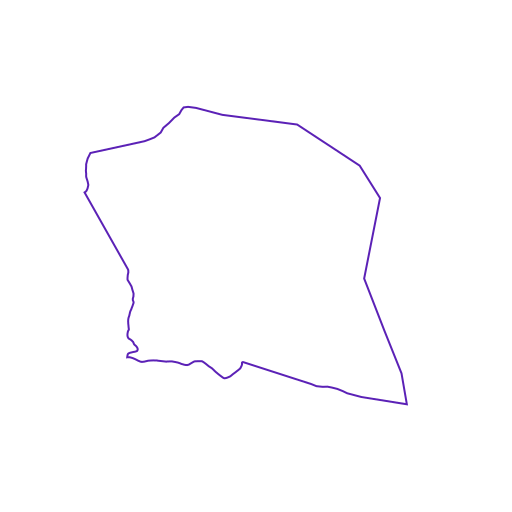 outline of Santa Lucia, Francisco Morazán, Honduras, rotated 109°
{"feature_id": "27666195B58255966540050", "entity_name": "Santa Lucia", "entity_type": "district", "adm_level": 2, "iso_a3": "HND", "parent_name": "Honduras", "parent_adm1": "Francisco Morazán", "projection": "robinson", "projection_center": [-87.068, 14.129], "detail": "fine", "context": "isolated", "style": "outline", "palette": "violet", "viewbox_px": 512, "rotation_deg": 109, "n_neighbors": 0, "source": "geoboundaries", "source_scale": "gbopen_adm2", "svg_char_len": 5840}
<svg xmlns="http://www.w3.org/2000/svg" viewBox="0 0 512 512"><g transform="rotate(109 256 256)"><path d="M393.7,344.8L393.4,344.3L393.3,343.7L393.1,343.2L392.9,342.7L392.9,342.4L392.8,342.1L392.8,341.8L392.8,341.6L392.7,340.4L392.7,338.4L392.8,338.0L392.8,337.3L392.9,336.5L393.1,334.9L393.3,333.9L393.4,332.8L393.4,332.2L393.5,331.3L393.5,330.9L393.5,330.6L393.4,330.3L393.4,330.0L393.3,329.8L393.3,329.4L393.2,329.2L392.7,328.2L392.6,327.9L392.3,327.3L392.0,326.8L391.7,326.4L391.4,325.9L391.1,325.4L390.9,325.1L390.7,324.8L390.6,324.6L390.3,324.2L390.0,323.6L389.8,323.1L389.5,322.5L389.1,321.5L388.9,321.0L388.5,320.0L388.3,319.5L388.1,319.0L387.7,317.6L387.2,316.1L387.0,315.5L387.0,315.0L385.3,307.4L385.2,306.9L385.1,306.7L385.1,306.4L385.0,306.2L384.7,305.7L384.4,305.0L384.3,304.6L384.1,304.1L383.6,302.9L383.2,301.7L383.1,301.4L383.0,301.1L383.0,300.8L382.9,300.4L382.7,298.9L382.5,297.7L382.4,296.7L382.2,295.2L382.2,294.5L382.2,294.1L382.2,293.8L382.2,292.6L382.3,292.1L382.3,291.5L382.3,290.6L382.2,289.7L382.2,289.2L382.2,288.6L382.1,288.0L382.0,287.5L382.0,287.1L381.8,286.6L381.8,286.4L381.7,286.2L381.6,285.9L381.5,285.5L381.3,285.3L381.2,285.0L381.0,284.8L380.8,284.5L380.6,284.2L380.4,284.0L380.0,283.6L379.5,283.3L378.6,282.5L378.0,282.0L377.2,281.3L376.4,280.6L376.1,280.3L375.9,280.1L375.7,279.9L375.6,279.6L375.2,278.8L374.9,277.9L374.4,276.8L374.2,276.2L373.8,275.0L373.6,274.5L373.4,273.9L373.2,273.2L373.2,272.9L373.1,272.7L373.2,272.3L373.3,271.8L373.3,271.6L373.4,271.3L373.6,270.5L373.9,269.6L374.2,268.6L374.6,267.5L375.3,265.6L375.6,264.9L375.7,264.4L375.9,263.6L376.0,263.1L376.2,262.4L376.3,262.0L376.4,261.5L376.5,261.2L376.6,260.9L376.9,260.3L377.2,259.6L377.6,258.7L378.0,258.0L378.2,257.5L378.8,256.2L379.3,254.8L379.6,254.1L380.5,251.6L381.4,248.8L381.6,248.2L381.7,247.8L381.8,247.4L381.9,246.9L381.9,246.6L381.9,246.3L381.9,246.1L381.8,245.8L381.5,245.3L381.4,245.0L381.2,244.7L381.0,244.4L380.7,244.0L380.4,243.6L379.7,242.8L379.3,242.4L379.0,242.0L378.5,241.5L378.2,241.2L377.9,241.0L377.6,240.8L376.8,240.3L375.6,239.6L375.0,239.2L372.4,237.4L371.4,236.8L369.8,235.7L369.4,235.5L368.8,235.1L368.3,234.8L368.0,234.6L367.6,234.4L367.1,234.3L367.0,234.2L366.7,234.2L366.1,234.1L365.5,234.0L365.2,234.0L364.7,233.9L364.1,233.9L363.4,233.9L363.2,233.9L362.9,234.0L362.7,234.0L362.3,234.2L362.1,234.3L361.9,234.4L361.7,234.4L361.5,234.5L361.3,234.5L361.1,234.4L360.9,234.3L360.7,234.1L360.6,233.8L360.5,233.5L359.1,161.9L359.4,156.5L358.0,150.4L356.3,145.9L355.7,141.6L355.2,135.8L355.5,129.9L356.1,125.1L355.0,110.3L347.1,65.1L319.6,80.2L284.8,110.3L242.1,146.4L160.8,157.6L136.8,187.4L118.3,259.9L133.5,333.8L135.5,360.9L137.1,368.8L139.1,372.8L142.4,374.0L146.9,374.8L151.7,378.3L158.7,381.6L164.9,385.3L170.3,386.3L176.9,390.6L180.2,394.4L183.7,398.7L212.5,446.1L217.9,446.8L218.1,446.8L218.3,446.9L218.6,446.9L220.2,446.8L221.9,446.7L223.0,446.6L224.1,446.5L224.5,446.5L225.0,446.3L226.5,445.8L227.1,445.6L227.9,445.4L228.8,445.1L230.0,444.8L230.8,444.6L231.2,444.4L231.4,444.3L232.4,443.9L232.9,443.6L233.4,443.4L233.7,443.3L234.6,443.0L235.8,442.6L236.0,442.5L236.3,442.4L236.5,442.3L236.7,442.1L237.1,441.9L238.3,441.0L238.9,440.5L239.5,440.1L240.6,439.3L241.8,438.6L242.3,438.3L242.8,438.0L243.1,437.8L243.3,437.8L243.5,437.7L243.8,437.6L244.5,437.5L244.9,437.5L245.8,437.4L246.6,437.3L247.2,437.3L247.6,437.3L248.6,437.4L249.3,437.5L249.5,437.5L249.9,437.7L250.2,437.8L250.7,438.0L250.9,438.2L251.3,438.5L251.7,438.8L310.5,372.5L310.8,372.4L311.2,372.1L311.4,372.0L311.9,371.8L312.5,371.6L312.9,371.4L313.3,371.4L313.5,371.3L314.5,371.2L315.2,371.1L315.6,371.1L316.7,370.8L318.3,370.4L319.0,370.2L319.8,369.9L320.1,369.8L320.2,369.7L320.4,369.6L320.6,369.4L321.4,368.4L321.9,367.8L323.3,366.1L323.9,365.4L324.4,364.9L324.9,364.3L325.0,364.2L325.2,363.9L325.5,363.7L325.9,363.4L326.2,363.2L327.4,362.4L328.3,361.8L329.2,361.1L330.3,360.3L330.6,360.1L331.0,359.8L331.2,359.7L331.5,359.5L332.5,359.2L333.0,359.1L333.8,358.8L334.3,358.7L334.7,358.7L335.0,358.7L335.6,358.6L336.3,358.6L336.7,358.5L336.9,358.4L337.3,358.3L337.6,358.2L337.9,358.0L338.1,357.9L338.3,357.7L338.6,357.4L338.8,357.2L339.2,356.9L339.4,356.8L339.6,356.7L339.8,356.6L340.1,356.6L340.3,356.5L341.9,356.5L343.8,356.5L345.9,356.6L346.6,356.6L346.9,356.6L347.3,356.6L348.6,356.8L349.1,356.8L349.8,356.8L350.2,356.8L350.5,356.8L351.0,356.7L351.6,356.6L352.0,356.6L352.9,356.5L353.3,356.4L354.2,356.4L355.2,356.4L355.9,356.4L356.6,356.3L357.3,356.2L357.7,356.1L358.1,356.0L358.8,355.8L359.5,355.6L360.4,355.2L361.5,354.8L363.4,353.9L364.6,353.4L365.8,352.8L366.2,352.6L366.6,352.4L366.8,352.4L367.0,352.3L367.4,352.3L367.5,352.3L367.9,352.4L368.2,352.5L368.5,352.5L368.9,352.5L369.3,352.5L369.5,352.5L369.9,352.4L370.7,352.3L371.2,352.2L371.7,352.1L372.6,351.8L373.1,351.6L373.4,351.5L373.6,351.3L374.0,351.1L374.4,350.8L374.7,350.5L374.9,350.3L375.1,350.0L375.3,349.8L375.3,349.7L375.5,349.3L375.6,349.0L375.7,348.6L375.7,348.1L375.8,347.8L375.9,347.4L376.0,347.0L376.2,346.5L376.4,345.9L376.5,345.7L376.8,345.2L377.0,344.8L377.1,344.6L377.2,344.3L377.4,344.1L377.6,343.9L377.8,343.7L378.0,343.5L378.3,343.3L378.7,343.0L378.9,342.8L379.0,342.7L379.2,342.3L379.4,342.1L379.5,341.9L379.6,341.6L379.7,341.4L379.8,341.0L380.0,340.6L380.1,340.3L380.2,340.1L380.4,339.8L380.5,339.6L380.6,339.4L380.8,339.2L381.0,338.9L381.3,338.5L381.6,338.2L381.8,338.1L382.1,337.8L382.3,337.7L382.7,337.5L382.9,337.5L383.1,337.4L383.4,337.4L383.6,337.4L383.8,337.4L384.0,337.4L384.3,337.5L384.6,337.6L384.8,337.8L385.0,338.1L385.5,338.7L385.9,339.3L386.3,340.0L386.6,340.6L387.7,342.3L387.9,342.6L388.2,343.1L388.3,343.3L388.6,343.7L388.8,343.9L389.0,344.1L389.2,344.3L389.4,344.6L389.6,344.8L389.9,345.0L390.2,345.1L390.5,345.2L390.8,345.2L391.3,345.2L392.7,345.0L393.3,344.9L393.7,344.8Z" fill="none" stroke="#5b21b6" stroke-width="2"/></g></svg>